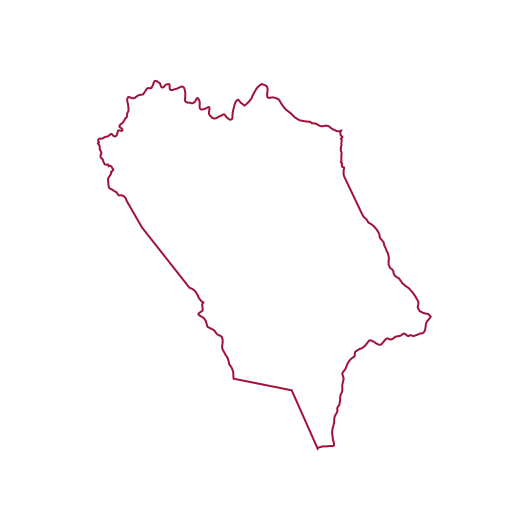 outline of Jocon, Yoro, Honduras, rotated 17°
{"feature_id": "27666195B24666023972878", "entity_name": "Jocon", "entity_type": "district", "adm_level": 2, "iso_a3": "HND", "parent_name": "Honduras", "parent_adm1": "Yoro", "projection": "natural_earth1", "projection_center": [-86.974, 15.288], "detail": "fine", "context": "isolated", "style": "outline", "palette": "rose", "viewbox_px": 512, "rotation_deg": 17, "n_neighbors": 0, "source": "geoboundaries", "source_scale": "gbopen_adm2", "svg_char_len": 6051}
<svg xmlns="http://www.w3.org/2000/svg" viewBox="0 0 512 512"><g transform="rotate(17 256 256)"><path d="M440.8,262.9L438.9,261.7L437.7,261.2L432.7,261.6L429.8,261.0L428.7,260.9L426.3,258.6L425.7,257.9L425.5,257.1L425.2,254.1L424.6,252.2L419.7,247.6L416.2,244.9L411.5,242.1L407.7,240.9L405.0,239.7L403.7,239.1L399.4,235.7L395.8,234.8L394.1,233.9L392.6,232.2L392.2,231.6L392.0,230.7L391.7,230.3L389.9,228.9L387.7,228.2L385.3,225.4L384.1,221.4L384.0,219.9L383.8,219.3L382.7,217.2L381.3,214.9L380.6,214.0L379.5,213.0L377.3,210.1L375.5,208.3L374.2,205.8L372.6,204.6L369.2,202.4L368.6,201.3L367.7,199.4L366.7,198.1L363.7,195.4L362.3,194.6L360.9,193.6L357.4,192.0L353.8,191.2L350.8,188.6L347.6,187.1L346.0,185.8L317.3,154.4L315.8,152.3L315.1,149.5L314.8,149.0L314.7,147.0L314.4,145.7L314.1,145.5L312.6,145.5L312.3,145.4L311.9,144.7L311.3,143.9L311.4,143.0L311.3,142.4L309.8,141.6L309.7,140.9L309.9,140.2L309.8,139.5L309.0,137.8L307.6,132.1L307.2,131.4L306.6,130.9L306.1,130.2L305.8,128.0L305.3,127.3L305.4,124.8L304.6,123.2L304.2,120.4L303.9,119.9L302.9,119.0L303.8,117.6L303.9,117.0L303.6,116.6L302.0,116.0L301.2,115.1L300.6,113.5L300.7,111.3L298.6,112.6L296.6,112.9L292.2,112.3L290.5,111.8L288.5,110.9L286.8,110.6L284.7,110.9L281.1,112.7L280.1,112.9L278.5,112.8L274.4,111.9L270.5,112.7L268.7,111.8L264.5,112.7L260.1,113.3L257.9,113.4L255.6,112.9L252.7,112.1L247.4,109.3L242.9,107.7L240.8,106.7L237.9,104.7L234.7,102.1L232.8,100.2L231.6,99.5L229.4,99.2L226.4,99.3L225.2,99.5L222.4,101.0L221.5,101.0L220.7,100.8L220.1,100.2L219.3,97.9L218.5,93.5L217.9,92.2L217.4,91.4L216.8,90.7L215.2,90.1L211.3,89.8L210.4,90.8L208.2,94.1L207.5,96.0L206.5,100.2L205.8,103.9L205.8,105.8L205.5,106.7L204.1,110.6L201.3,115.3L200.6,115.5L198.6,114.5L196.6,113.9L193.5,111.8L192.8,112.0L192.2,112.9L191.7,113.9L191.4,115.0L191.3,118.1L191.7,125.1L192.3,128.0L192.7,129.4L193.1,131.4L192.9,132.1L192.7,132.5L191.8,133.1L190.7,133.2L190.0,133.0L187.0,131.8L185.1,130.2L183.9,129.9L183.1,130.4L181.5,132.1L179.6,133.7L178.7,134.8L177.3,136.1L175.7,136.8L174.8,136.8L173.8,136.7L170.5,134.9L169.4,133.6L169.0,132.5L168.6,129.2L168.1,127.8L167.7,127.3L166.7,127.7L164.5,129.9L162.1,131.5L160.6,131.9L159.6,131.6L159.1,131.0L158.4,129.7L157.4,125.9L156.7,124.4L155.4,122.9L154.7,122.3L154.0,122.0L153.6,122.2L153.3,122.7L152.9,124.5L152.3,126.6L151.5,127.7L150.8,128.4L149.7,128.8L147.2,128.8L145.8,129.3L144.1,129.3L143.2,128.7L142.5,127.7L142.0,125.3L140.9,121.1L139.9,119.1L138.5,116.7L137.7,116.0L136.9,115.6L135.7,115.6L134.7,116.1L131.3,119.2L129.6,120.2L127.6,121.7L126.3,122.2L125.6,122.1L124.9,121.8L123.9,119.5L123.5,117.8L123.1,117.4L122.7,117.1L121.5,117.4L120.3,118.1L119.3,119.1L118.6,121.0L118.2,121.4L118.0,121.8L117.6,122.1L116.8,122.3L116.2,122.1L115.5,121.6L114.0,119.4L113.2,118.7L112.2,118.6L110.0,117.8L108.3,118.0L107.8,118.6L107.6,119.7L107.4,123.4L107.2,124.5L106.8,125.1L106.9,125.8L106.4,126.2L103.7,127.0L103.0,127.4L102.7,128.0L101.0,133.7L100.6,134.6L97.5,136.1L96.5,136.8L95.0,138.5L93.7,140.5L93.2,140.8L91.5,141.3L87.9,141.1L87.4,141.3L87.2,141.6L87.0,144.1L88.0,146.3L89.3,148.5L91.0,152.3L91.5,153.9L91.6,155.2L91.2,156.4L91.2,157.5L91.6,159.3L91.8,160.5L91.5,161.6L90.5,163.4L90.4,164.8L89.7,167.3L87.9,169.9L87.5,171.0L87.4,171.8L87.7,172.4L90.2,173.3L91.0,173.8L91.4,174.5L91.4,175.2L90.9,175.6L88.5,175.9L87.6,176.3L87.4,177.4L87.5,180.9L87.2,181.9L86.7,182.5L86.0,182.9L85.0,183.0L82.8,181.7L82.1,181.6L81.6,181.7L81.2,182.1L80.8,183.2L79.2,185.0L78.9,185.3L77.8,185.7L76.8,186.4L74.7,188.6L73.4,189.2L71.9,189.5L71.5,190.2L71.2,191.2L71.4,192.1L72.6,193.2L72.5,193.6L71.8,194.3L71.9,194.6L72.3,195.0L73.4,195.6L74.4,196.8L75.0,197.9L75.1,199.4L77.3,201.6L78.1,202.8L78.2,203.4L77.8,204.1L77.9,204.8L78.2,206.3L78.7,207.2L79.3,207.6L80.4,208.0L81.0,208.3L81.6,209.0L82.7,210.8L84.6,212.5L86.0,212.5L87.7,211.8L88.4,212.5L88.8,213.2L90.0,212.3L90.6,212.4L91.7,212.8L92.4,213.6L94.3,215.0L94.3,215.4L94.1,216.1L93.3,217.2L92.9,218.1L92.9,218.5L93.3,218.9L93.3,219.8L91.9,225.0L92.5,227.1L94.0,230.9L95.0,232.8L95.8,233.9L96.9,234.3L99.3,234.6L101.4,235.4L104.0,235.8L105.6,237.4L107.1,238.1L107.8,238.0L109.0,237.4L109.8,237.2L112.3,237.5L113.3,238.0L114.7,239.1L116.2,241.1L138.8,262.2L201.5,305.7L202.5,305.9L204.4,306.0L207.1,306.9L209.2,308.3L211.7,310.6L213.5,312.7L214.4,313.4L217.1,315.3L218.0,315.6L219.2,315.7L219.3,316.1L218.7,317.3L218.6,317.9L220.6,322.5L220.7,324.0L220.3,324.7L218.2,327.2L217.9,328.0L218.0,328.7L219.3,329.4L223.3,330.3L225.2,331.2L227.4,333.4L229.5,336.8L230.1,337.6L230.7,338.0L237.3,339.2L238.9,340.1L240.5,341.5L241.6,342.1L243.1,342.6L244.5,342.6L245.6,342.8L246.4,343.1L247.1,343.7L248.1,345.0L248.9,346.7L249.3,348.2L249.9,351.7L250.3,353.2L250.9,354.4L252.0,355.7L256.1,359.7L258.3,361.4L260.4,364.3L262.1,367.4L264.9,369.5L266.1,370.8L268.2,373.7L269.5,377.6L270.5,379.9L329.4,374.0L371.3,422.2L371.5,421.5L372.2,420.6L375.5,418.6L379.2,417.4L381.7,416.3L384.9,415.4L385.4,415.0L385.9,414.0L385.1,411.8L383.4,409.5L382.2,406.6L381.1,404.5L380.0,401.0L379.6,397.3L379.6,394.4L379.2,391.5L378.2,387.9L378.3,385.5L379.1,382.2L379.2,381.3L379.0,380.0L378.3,378.2L378.2,377.2L378.5,375.7L379.1,374.4L379.2,373.7L378.8,370.1L377.5,365.1L377.5,363.8L378.0,361.4L378.0,360.2L377.7,358.7L376.2,354.1L375.7,347.5L373.0,343.6L372.9,343.0L373.1,341.6L374.6,337.8L374.9,332.6L375.7,329.4L376.9,326.8L378.3,324.7L379.3,323.6L379.5,323.1L379.5,321.9L378.8,319.5L378.9,318.7L379.4,317.9L382.4,314.5L384.0,313.4L385.3,311.9L386.9,309.1L388.8,304.1L389.5,303.3L390.6,303.1L394.0,303.6L396.6,304.5L397.9,304.7L399.5,304.9L400.7,304.6L401.3,304.2L402.0,303.2L404.3,297.9L405.0,296.8L406.2,296.3L408.8,296.6L409.8,296.2L410.8,295.4L412.8,292.6L413.7,292.0L416.4,290.6L417.5,289.9L418.0,289.4L419.1,287.9L419.9,287.0L420.5,286.9L421.3,286.9L422.0,287.1L423.5,287.9L425.2,288.1L426.3,286.8L426.7,286.5L429.0,286.6L430.6,286.2L433.1,284.3L435.5,282.2L437.5,281.4L438.1,280.9L438.9,279.7L439.3,277.5L439.2,276.0L438.4,271.3L438.4,269.7L438.6,268.7L439.8,266.0L440.8,262.9Z" fill="none" stroke="#9f1239" stroke-width="2"/></g></svg>